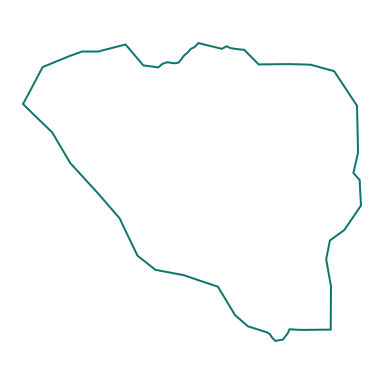 Campinas do Piauí, Piauí, Brazil (Mercator projection)
{"feature_id": "56859067B43304004429868", "entity_name": "Campinas do Piauí", "entity_type": "district", "adm_level": 2, "iso_a3": "BRA", "parent_name": "Brazil", "parent_adm1": "Piauí", "projection": "mercator", "projection_center": [-41.868, -7.679], "detail": "fine", "context": "isolated", "style": "outline", "palette": "teal", "viewbox_px": 384, "rotation_deg": 0, "n_neighbors": 0, "source": "geoboundaries", "source_scale": "gbopen_adm2", "svg_char_len": 938}
<svg xmlns="http://www.w3.org/2000/svg" viewBox="0 0 384 384"><path d="M226.6,46.3L221.8,48.8L198.5,43.1L194.6,47.0L190.6,49.0L188.1,52.2L185.8,54.0L183.2,56.5L180.9,60.0L178.3,62.7L174.0,63.3L167.4,62.2L162.5,63.8L158.3,67.4L143.3,65.4L131.0,50.9L125.6,44.5L102.4,50.4L98.4,51.5L82.1,51.5L68.4,56.5L42.6,67.1L28.3,94.3L23.0,104.0L35.8,116.6L52.1,132.3L70.3,163.1L99.2,194.7L119.8,218.6L121.7,222.8L137.5,255.7L151.1,266.4L155.5,269.9L183.4,275.1L200.6,280.9L217.9,286.7L232.7,311.2L234.9,315.0L247.9,326.3L266.8,332.3L269.8,334.1L272.2,337.7L275.4,340.9L283.0,339.5L287.8,333.1L289.5,329.3L301.0,329.9L313.7,329.8L330.7,329.6L331.0,286.0L329.8,279.8L326.2,259.3L329.9,240.5L338.8,234.0L344.4,229.9L361.0,205.5L360.0,187.8L359.7,180.1L353.4,172.9L358.0,152.9L357.7,135.3L357.2,114.2L357.0,105.8L334.2,71.2L310.5,64.7L290.2,64.1L258.6,64.4L244.3,49.8L238.5,49.3L230.9,48.2L226.6,46.3Z" fill="none" stroke="#0f766e" stroke-width="2"/></svg>